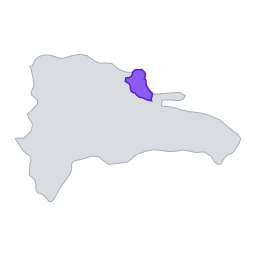 where María Trinidad Sánchez sits in Dominican Republic
{"feature_id": "DOM-1982", "entity_name": "María Trinidad Sánchez", "entity_type": "Province", "adm_level": 1, "iso_a3": "DOM", "parent_name": "Dominican Republic", "parent_adm1": "", "projection": "albers", "projection_center": [-69.986, 19.439], "detail": "fine", "context": "in_parent", "style": "filled", "palette": "violet", "viewbox_px": 256, "rotation_deg": 0, "n_neighbors": 0, "source": "natural_earth", "source_scale": "10m", "svg_char_len": 1908}
<svg xmlns="http://www.w3.org/2000/svg" viewBox="0 0 256 256"><path d="M29.3,175.5L29.7,164.8L31.3,160.4L29.9,155.9L23.1,150.9L19.0,144.6L15.4,139.0L16.2,138.2L23.6,138.1L26.2,136.1L31.3,130.4L32.3,125.9L31.9,122.4L28.7,118.3L27.5,113.9L31.6,110.2L36.8,104.7L37.6,102.6L37.5,100.4L31.4,94.6L31.1,92.0L34.0,85.7L33.7,81.5L31.0,68.4L29.7,66.5L32.4,65.4L34.2,61.5L36.6,58.1L39.8,56.2L43.4,55.1L50.4,55.2L60.2,58.4L63.0,58.3L72.4,55.6L80.2,54.2L87.6,55.9L90.5,58.3L96.6,62.1L99.6,63.2L109.2,63.2L111.8,63.6L119.8,69.8L126.6,72.2L130.5,72.4L137.6,70.0L141.1,70.0L145.1,75.4L145.9,82.9L149.3,89.8L154.4,94.2L179.8,92.3L185.5,95.9L183.6,98.9L180.0,100.5L167.9,99.9L162.6,100.2L161.6,103.2L161.5,106.0L168.6,106.6L175.6,108.0L182.6,110.2L189.8,111.7L197.9,112.6L205.9,114.2L219.2,119.5L234.0,131.8L238.0,134.5L240.6,138.4L239.4,143.2L234.3,151.0L231.3,153.6L227.0,155.1L224.0,158.4L221.2,163.8L219.4,164.3L217.3,164.1L213.8,161.0L211.2,156.3L204.1,151.9L195.6,152.5L183.1,149.9L175.6,151.2L168.1,151.6L160.3,150.2L152.6,149.8L144.8,151.5L137.3,154.3L134.5,156.1L129.7,160.6L127.2,162.2L108.8,164.4L103.6,161.1L98.7,156.7L91.7,156.0L81.5,159.4L75.1,160.6L72.5,162.1L71.7,163.8L71.6,170.0L70.2,173.8L60.1,188.0L54.4,198.1L52.1,201.2L49.4,201.8L44.5,196.0L41.4,193.9L37.5,192.8L35.9,189.7L36.0,185.3L35.1,181.0L32.7,177.7L29.3,175.5Z" fill="#d9dde1" stroke="#a8b0b8" stroke-width="1"/><path d="M132.7,72.3L134.7,70.2L135.9,69.6L139.3,69.7L140.9,69.5L141.7,69.6L142.6,70.2L144.7,72.4L145.4,73.9L145.3,75.5L144.3,79.1L145.5,79.6L146.0,80.8L146.0,83.7L146.1,85.0L146.5,86.1L150.6,92.2L152.5,94.0L152.3,94.3L152.1,96.0L151.5,97.7L151.2,99.3L151.6,100.8L147.3,100.0L143.2,98.0L139.0,97.0L136.0,94.4L135.2,92.9L133.3,92.7L131.2,91.1L130.4,88.4L130.3,86.2L129.5,84.1L127.5,82.7L125.3,81.4L125.5,79.5L125.8,77.8L127.1,77.8L128.6,77.9L131.6,76.1L132.7,72.7L132.7,72.3Z" fill="#8b5cf6" stroke="#5b21b6" stroke-width="1.5"/></svg>